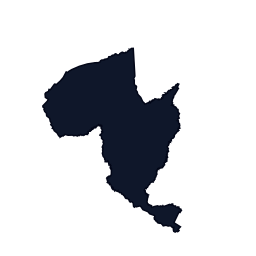 Aranyaprathet, Sa Kaeo, Thailand, rotated 295°
{"feature_id": "78962969B18658138340114", "entity_name": "Aranyaprathet", "entity_type": "district", "adm_level": 2, "iso_a3": "THA", "parent_name": "Thailand", "parent_adm1": "Sa Kaeo", "projection": "orthographic", "projection_center": [102.437, 13.671], "detail": "fine", "context": "isolated", "style": "filled", "palette": "ink", "viewbox_px": 256, "rotation_deg": 295, "n_neighbors": 0, "source": "geoboundaries", "source_scale": "gbopen_adm2", "svg_char_len": 5839}
<svg xmlns="http://www.w3.org/2000/svg" viewBox="0 0 256 256"><g transform="rotate(295 128 128)"><path d="M152.7,48.3L146.4,48.0L142.0,46.8L136.8,44.6L137.0,43.2L136.5,42.8L129.9,41.5L129.6,40.1L127.5,40.5L125.3,38.6L123.8,38.4L120.8,40.2L120.3,43.7L118.0,43.5L112.1,41.5L111.1,42.0L110.7,43.9L109.4,43.9L107.8,45.5L107.0,47.7L104.6,49.2L103.7,52.9L101.1,54.8L100.1,56.7L98.4,56.6L97.2,59.6L95.7,59.5L95.7,61.0L94.4,62.2L93.5,65.9L91.7,68.4L91.4,69.5L91.8,70.1L91.1,70.4L93.1,71.7L93.3,72.5L93.8,72.3L94.6,73.3L95.5,73.4L96.1,76.8L98.1,80.6L98.0,82.1L99.1,83.4L99.4,85.6L100.5,86.0L100.4,86.9L102.1,87.6L101.7,88.6L102.3,88.8L102.3,90.5L102.9,90.7L103.2,91.5L104.1,91.6L105.0,93.9L105.8,93.3L106.2,94.2L106.6,94.2L107.9,93.3L109.2,95.2L110.0,94.6L110.5,95.7L112.0,95.2L111.6,96.1L111.9,96.6L113.1,96.8L112.9,96.2L113.7,96.2L114.2,96.7L113.9,97.5L114.4,98.3L115.1,97.8L115.2,98.7L116.5,98.6L117.2,99.8L118.7,99.8L118.9,101.3L118.2,101.2L117.9,101.9L119.0,102.0L119.2,102.8L118.6,103.1L118.6,103.6L116.6,103.6L115.5,105.5L114.5,106.0L114.0,105.6L113.7,106.4L113.4,105.9L112.5,106.5L111.3,106.4L110.5,105.6L109.6,105.6L109.5,107.5L107.4,108.4L106.5,111.0L104.5,111.4L103.6,112.6L99.8,112.7L99.6,113.6L98.8,113.7L98.3,114.5L97.4,114.2L95.8,115.3L94.3,115.4L91.8,117.5L91.0,119.4L89.9,120.0L89.1,121.0L87.8,121.5L88.5,123.3L89.7,123.5L89.4,124.3L86.4,126.5L87.2,127.4L86.6,127.5L86.6,128.3L85.5,128.3L84.9,129.0L84.3,128.7L83.9,129.5L84.1,129.8L83.6,130.0L83.9,130.3L78.9,132.5L76.6,132.4L76.2,131.9L76.5,131.2L74.4,130.0L74.3,130.4L73.7,130.2L73.8,130.7L73.1,130.4L72.0,131.1L71.7,132.2L69.9,132.2L69.8,133.5L70.4,134.3L70.2,134.8L69.2,134.9L68.9,135.3L69.4,135.7L68.9,136.9L68.0,137.5L67.8,138.6L67.4,138.2L67.0,138.6L67.9,139.2L67.6,139.6L66.9,140.2L66.2,139.7L65.8,140.7L66.3,142.1L65.5,142.6L66.3,143.0L66.0,144.2L66.7,145.0L66.2,145.0L66.2,146.1L66.6,146.4L65.9,147.7L66.5,149.3L65.5,150.1L65.8,152.0L65.1,152.3L64.9,154.0L64.5,153.9L63.5,155.2L63.3,156.2L64.1,157.2L63.4,158.7L63.6,159.4L62.5,159.9L61.8,161.3L62.9,162.6L62.2,164.4L59.3,166.2L58.9,167.2L60.0,167.8L60.1,168.9L62.3,171.6L62.3,172.7L60.3,176.1L60.6,181.4L59.4,183.9L59.9,189.0L58.9,189.8L57.5,189.7L57.2,190.4L56.3,190.7L56.3,191.7L55.5,192.6L55.7,193.9L55.0,194.2L54.6,195.5L55.0,195.7L55.0,197.0L55.6,197.8L55.1,199.7L54.2,201.3L55.9,203.6L56.1,205.8L57.4,207.8L56.5,210.6L57.2,211.6L54.9,212.1L53.7,213.1L53.6,214.7L55.3,216.0L55.0,216.8L55.7,217.3L56.7,217.6L57.3,216.2L60.6,217.3L61.6,209.6L72.2,209.7L73.6,209.8L73.4,210.8L75.9,211.2L76.0,210.4L76.7,210.3L76.6,208.2L77.8,207.6L77.5,206.4L76.7,206.3L76.8,204.4L77.4,204.0L76.8,202.8L77.2,200.9L77.7,200.7L77.2,200.2L77.6,199.9L76.9,199.4L76.5,199.8L76.3,197.9L72.5,194.2L72.0,192.8L72.3,192.4L71.3,192.2L71.3,191.2L70.7,190.8L71.0,190.3L70.1,189.4L69.9,187.6L67.6,184.6L66.6,184.1L66.5,183.2L67.0,182.7L66.5,182.7L67.3,181.7L67.5,180.1L67.0,179.5L67.5,178.8L67.1,178.6L67.5,177.9L68.3,177.1L68.8,177.3L68.5,177.0L69.1,176.4L73.5,175.1L74.0,175.3L74.8,174.3L75.1,174.7L75.6,174.2L76.0,174.6L76.3,172.6L76.0,171.9L76.5,171.9L76.8,171.0L78.3,170.1L78.0,169.8L78.5,168.9L81.4,169.4L81.1,170.1L81.8,170.0L82.5,170.7L84.8,170.7L86.1,171.4L87.4,171.2L89.1,172.2L89.6,173.5L90.0,173.1L91.4,173.9L92.3,173.6L93.2,174.1L94.2,173.3L95.6,173.9L96.5,173.5L98.5,173.7L98.8,172.5L98.9,173.0L99.9,172.8L100.2,172.4L99.8,172.2L101.1,172.5L101.0,172.0L101.5,171.8L103.5,172.6L103.9,172.2L104.4,172.8L104.1,173.2L104.7,173.1L104.8,173.8L105.7,173.9L105.6,174.6L106.6,175.9L107.3,175.6L107.7,176.2L108.6,176.3L108.7,175.9L110.1,176.7L111.7,175.4L112.9,176.4L113.3,176.0L113.7,176.5L113.9,175.9L114.4,176.3L114.7,176.1L114.9,176.9L115.7,176.1L116.1,176.3L116.1,175.6L116.6,175.8L117.4,175.2L117.3,176.0L118.2,176.3L119.4,174.9L120.2,175.0L120.2,174.2L122.0,174.3L123.0,173.5L123.1,174.3L124.1,174.6L125.0,173.3L126.3,173.3L127.4,171.6L128.2,171.4L129.4,172.0L130.7,171.5L131.1,171.9L131.6,171.2L132.6,171.6L132.8,171.3L133.0,172.2L133.4,171.7L134.5,172.0L134.7,172.7L135.9,172.0L136.8,172.1L137.9,173.2L139.5,173.6L140.8,173.2L140.7,172.8L141.5,172.9L144.3,173.9L145.3,173.8L146.1,174.7L147.0,174.3L147.4,174.9L148.0,173.8L149.1,174.0L149.3,174.4L149.4,173.9L150.0,174.3L150.0,173.9L151.8,174.0L153.6,172.8L153.3,172.3L155.3,170.8L155.4,169.9L155.9,170.5L157.3,169.2L158.6,170.2L160.1,168.6L162.8,168.5L163.4,166.8L165.9,165.5L165.9,164.2L166.7,163.3L166.6,162.5L167.2,162.2L166.8,160.9L167.4,160.3L167.0,158.4L168.0,159.1L167.9,157.9L169.7,157.8L170.1,156.9L174.1,155.9L174.3,156.3L175.1,156.3L177.4,155.7L178.0,156.2L184.1,156.8L184.5,155.6L184.9,155.4L185.4,155.6L185.1,156.0L185.3,156.6L185.9,155.8L187.0,155.4L189.2,155.5L189.1,154.3L188.5,154.3L187.7,153.3L184.7,152.9L184.4,151.7L184.0,151.9L183.3,151.3L183.1,152.3L181.8,151.9L180.6,150.4L179.7,150.5L179.3,149.2L178.6,148.9L177.2,148.6L176.3,149.1L175.5,147.1L175.2,148.1L174.4,148.1L172.9,145.8L172.5,146.4L171.6,145.7L170.8,146.8L169.6,146.7L169.6,145.8L168.2,146.0L167.6,144.7L167.0,144.6L167.0,143.4L166.5,143.5L165.9,140.0L164.4,139.7L164.0,138.8L163.5,139.1L163.1,138.2L162.3,138.4L162.0,137.5L160.6,137.7L160.8,137.3L160.3,136.9L160.8,136.3L159.4,136.2L159.4,135.6L156.7,133.2L157.6,131.9L158.1,130.2L161.1,126.6L162.7,122.6L164.7,121.0L165.7,119.1L169.0,118.3L169.6,117.4L169.3,117.0L169.7,116.1L170.9,114.9L174.2,113.4L174.8,112.3L177.9,112.3L202.4,99.1L201.5,97.4L199.7,96.7L199.8,96.0L199.1,96.4L198.0,95.4L197.2,95.6L195.7,94.5L195.6,93.8L194.5,93.6L194.5,92.4L193.9,92.0L194.4,91.1L193.7,90.2L191.8,89.1L191.2,89.4L189.7,87.9L190.1,85.6L189.7,85.0L188.5,84.8L187.6,83.5L186.9,83.6L187.0,82.9L185.4,82.2L184.5,80.5L183.0,80.6L181.6,79.9L181.4,78.9L180.6,78.6L180.3,77.6L179.6,77.6L178.5,75.5L177.3,74.7L176.2,74.8L174.6,73.4L173.3,70.7L168.8,64.0L163.3,57.8L157.2,52.4L154.1,50.3L152.9,50.0L152.7,48.3Z" fill="#0f172a" stroke="#020617" stroke-width="1.5"/></g></svg>